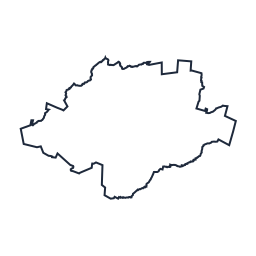 Bachíniva, Chihuahua, Mexico, rotated 95°
{"feature_id": "50627088B52742808482976", "entity_name": "Bachíniva", "entity_type": "district", "adm_level": 2, "iso_a3": "MEX", "parent_name": "Mexico", "parent_adm1": "Chihuahua", "projection": "albers", "projection_center": [-107.312, 28.853], "detail": "fine", "context": "isolated", "style": "outline", "palette": "slate", "viewbox_px": 256, "rotation_deg": 95, "n_neighbors": 0, "source": "geoboundaries", "source_scale": "gbopen_adm2", "svg_char_len": 5700}
<svg xmlns="http://www.w3.org/2000/svg" viewBox="0 0 256 256"><g transform="rotate(95 128 128)"><path d="M138.1,234.8L153.0,230.5L155.1,217.0L153.9,213.3L160.1,210.2L162.6,204.7L162.6,202.4L163.0,201.0L163.7,201.1L163.8,197.5L159.5,196.0L169.9,182.2L170.1,181.1L170.4,180.3L170.6,179.4L171.0,179.1L171.9,179.1L172.5,179.2L173.4,180.7L174.1,181.4L174.7,181.4L175.3,181.2L175.6,180.9L175.8,178.9L177.5,172.9L177.5,172.7L177.2,172.6L176.1,170.7L170.8,160.7L167.1,160.6L166.5,160.5L166.6,159.1L165.1,156.9L167.2,150.2L187.0,149.1L189.3,145.6L197.0,145.5L199.9,139.1L199.2,136.0L197.7,135.3L199.2,131.7L197.6,131.0L198.1,129.8L197.4,129.5L197.9,128.4L197.7,127.8L197.8,127.8L197.8,127.5L197.4,126.9L197.7,126.6L197.9,126.6L197.6,125.5L197.8,124.6L197.4,123.6L197.2,122.4L197.3,122.1L197.3,121.7L196.7,121.1L196.6,120.4L196.6,120.1L196.9,119.8L197.0,119.2L196.8,118.5L195.7,118.5L194.4,117.3L193.1,117.3L192.0,116.1L188.6,113.0L189.0,112.6L187.9,111.3L187.8,110.9L187.9,110.3L186.9,109.1L186.5,108.1L186.4,107.9L186.6,107.7L185.3,106.6L185.6,106.3L185.5,106.1L185.7,105.9L185.6,105.6L185.1,105.0L184.7,105.1L184.6,104.8L184.6,104.6L184.1,104.7L183.7,104.5L183.4,104.7L182.2,104.7L181.6,104.2L180.3,102.6L177.9,101.5L177.3,100.9L176.1,100.7L175.4,100.2L173.5,99.6L173.0,99.3L172.1,99.2L171.8,98.9L169.6,98.4L169.5,98.0L169.3,95.0L168.5,93.8L167.7,93.4L167.3,93.4L165.9,92.2L166.3,90.0L163.3,89.6L163.2,88.8L163.1,88.4L163.4,87.4L163.2,86.9L163.2,86.5L163.6,86.0L163.7,85.6L163.2,84.9L163.1,84.7L163.3,83.9L163.2,82.9L163.0,82.5L162.9,82.5L162.7,82.5L162.5,83.0L161.7,83.0L161.3,82.8L161.3,82.2L160.9,82.4L161.1,81.2L160.7,79.0L160.8,78.7L160.7,77.8L161.0,76.6L161.4,76.2L161.4,75.6L161.7,75.3L161.8,73.6L162.1,73.1L162.0,72.5L161.5,71.1L161.1,71.4L160.7,71.3L160.4,71.3L160.3,71.1L160.8,70.3L160.8,69.9L160.7,69.5L160.2,68.9L159.8,68.6L159.8,68.4L160.0,68.3L159.9,68.0L159.4,68.1L159.0,67.8L158.8,67.3L158.7,66.9L158.4,66.6L158.2,66.1L158.6,66.0L158.5,65.7L158.2,65.7L157.6,65.3L156.9,64.1L156.9,63.9L156.7,63.7L156.7,63.3L156.0,62.8L156.1,62.5L155.9,62.3L156.0,61.8L155.9,61.2L155.5,60.9L155.5,60.5L155.5,60.1L155.2,59.9L154.6,60.0L154.6,59.6L154.4,59.5L153.8,59.6L153.7,59.3L153.7,58.9L153.6,58.7L153.7,58.4L153.6,58.0L153.0,58.2L152.5,58.1L152.6,57.9L151.9,56.9L151.7,56.6L151.4,56.5L151.4,56.3L151.0,56.1L150.9,55.7L149.9,54.9L149.7,54.0L149.4,53.7L148.8,53.5L147.5,53.3L146.8,53.0L146.3,52.6L145.6,52.4L145.0,52.7L144.6,52.7L142.2,52.2L141.6,52.3L140.4,52.3L139.6,51.4L138.7,51.4L138.4,50.8L137.9,50.5L136.9,48.4L136.4,47.6L136.3,45.7L135.3,43.9L134.5,43.4L134.0,41.0L134.1,40.3L134.0,39.1L133.7,37.8L131.5,36.9L136.3,25.7L122.4,23.0L111.6,21.2L107.5,32.5L97.6,30.8L97.6,35.1L97.4,35.4L98.7,37.0L99.7,39.6L100.6,41.1L100.7,41.8L101.2,42.0L102.5,42.9L104.1,44.6L104.4,44.9L105.0,46.5L105.9,47.8L106.2,49.4L106.0,51.4L103.7,50.8L102.4,50.8L101.9,52.3L104.3,52.8L102.6,61.5L95.6,60.0L94.6,59.2L94.2,59.2L89.6,59.3L88.2,59.9L83.5,59.2L82.1,56.2L80.5,55.8L79.5,57.7L76.2,58.1L76.0,58.9L74.7,58.8L74.5,59.4L72.0,59.4L71.6,59.1L71.4,59.1L71.3,59.4L70.9,59.6L69.7,59.3L68.5,59.3L67.0,59.6L65.2,69.4L65.4,70.6L56.1,70.8L56.2,84.0L68.2,83.9L71.5,99.0L59.8,100.1L63.3,112.5L62.9,114.6L62.6,114.6L62.4,113.8L60.6,112.2L60.2,112.0L60.3,113.0L60.5,114.2L60.9,114.8L60.9,115.1L61.2,115.2L61.6,116.1L61.6,117.9L62.2,118.5L62.8,118.6L62.9,118.8L62.8,119.4L63.6,120.1L63.6,121.1L64.1,122.7L65.0,123.4L65.8,124.2L65.6,124.9L65.8,125.1L65.6,125.5L65.8,125.8L65.8,126.3L66.8,128.9L66.7,129.1L66.4,129.5L66.7,130.0L66.8,130.0L66.8,130.3L66.0,131.2L66.1,131.8L65.9,132.0L66.5,132.9L66.4,133.6L67.0,134.1L67.3,134.1L67.9,134.7L68.6,136.0L69.4,137.1L69.7,138.3L69.5,139.0L68.6,139.3L68.2,139.2L67.9,139.4L67.8,139.7L67.1,140.4L66.9,140.9L66.3,141.0L66.1,141.1L65.9,141.5L65.5,141.6L64.6,141.4L63.7,141.9L63.7,142.3L63.0,142.7L62.8,143.1L62.8,143.3L63.1,143.6L63.5,143.7L64.3,144.9L64.7,145.3L65.2,146.1L66.2,147.2L66.5,147.9L66.7,148.2L66.6,149.2L66.7,149.6L66.5,150.7L66.7,150.9L66.9,151.6L66.8,151.8L66.6,153.1L66.5,153.4L65.5,153.4L64.2,153.7L63.1,153.6L62.3,153.4L62.0,153.5L61.5,153.8L61.1,154.6L60.8,155.9L60.4,156.1L60.2,156.4L60.3,156.5L59.9,156.7L60.7,156.9L61.6,157.9L62.0,158.2L62.4,158.3L62.6,159.0L63.1,159.1L63.8,159.6L63.9,159.8L64.0,160.3L64.7,160.4L64.9,160.8L64.7,161.7L64.8,162.0L66.4,163.7L67.0,164.1L67.5,164.9L68.1,165.2L68.7,166.1L68.9,166.2L70.1,167.5L70.3,167.7L71.0,167.7L71.4,168.0L71.8,168.0L71.9,168.6L72.2,168.8L73.3,169.0L73.9,169.2L73.9,169.4L75.3,169.6L76.1,169.3L76.8,168.7L78.2,168.6L78.4,168.4L78.7,168.4L80.5,169.7L82.0,169.6L82.6,169.1L82.9,169.1L83.2,169.6L83.6,169.7L83.9,170.0L84.3,171.4L84.9,172.2L85.5,172.5L86.1,173.2L86.4,175.0L86.6,175.2L87.1,175.2L87.8,175.5L88.0,177.1L88.8,177.5L89.0,177.3L89.3,177.5L90.0,178.3L90.2,180.2L90.0,182.0L89.8,182.4L90.1,183.3L90.1,183.8L89.3,184.7L88.8,185.0L88.4,185.5L88.4,185.8L89.4,186.1L89.6,186.3L89.8,186.5L91.0,187.4L91.7,188.1L92.5,188.3L93.0,188.9L93.0,189.2L93.3,189.9L93.5,190.0L93.7,189.4L94.0,189.5L94.9,190.8L95.2,191.9L95.6,192.5L96.9,192.7L97.8,193.4L98.0,193.4L98.6,192.8L99.3,192.6L100.8,193.1L101.5,192.6L101.7,192.1L101.9,192.0L102.3,192.0L102.5,192.2L102.8,192.0L103.0,192.3L104.0,193.1L105.3,193.3L105.7,193.6L106.0,194.1L111.8,190.2L116.1,193.8L115.5,195.2L113.9,200.6L110.4,211.0L116.3,211.3L116.6,208.7L117.0,209.2L117.4,209.0L119.3,210.4L120.4,211.9L121.2,211.9L121.7,211.7L122.1,211.7L123.5,212.5L125.2,212.7L126.4,213.5L126.7,213.6L127.5,214.1L127.8,214.7L128.5,215.3L128.5,216.1L128.7,216.7L128.8,217.9L129.3,218.3L129.7,219.0L130.6,219.4L130.7,219.7L131.5,220.7L132.0,221.7L133.6,223.0L133.5,223.5L133.0,224.0L128.6,223.3L128.7,224.9L133.8,225.5L138.1,234.8Z" fill="none" stroke="#1e293b" stroke-width="2"/></g></svg>